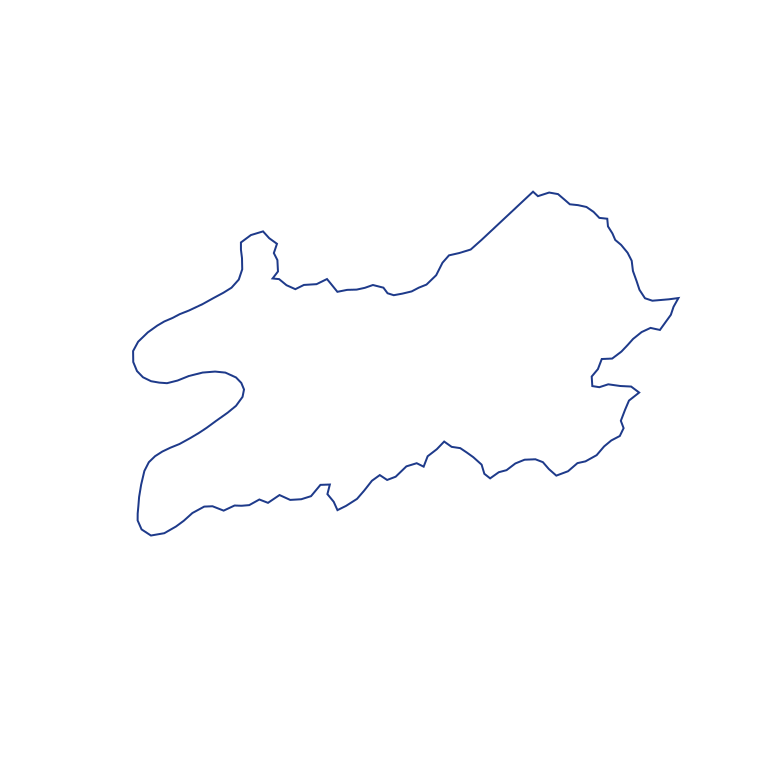 the district of Zortéa, Santa Catarina, Brazil, rotated 46°
{"feature_id": "56859067B42450400254673", "entity_name": "Zortéa", "entity_type": "district", "adm_level": 2, "iso_a3": "BRA", "parent_name": "Brazil", "parent_adm1": "Santa Catarina", "projection": "equal_earth", "projection_center": [-51.539, -27.486], "detail": "fine", "context": "isolated", "style": "outline", "palette": "blue", "viewbox_px": 768, "rotation_deg": 46, "n_neighbors": 0, "source": "geoboundaries", "source_scale": "gbopen_adm2", "svg_char_len": 2433}
<svg xmlns="http://www.w3.org/2000/svg" viewBox="0 0 768 768"><g transform="rotate(46 384 384)"><path d="M349.2,143.2L348.1,213.6L347.5,228.2L342.0,239.0L336.6,247.9L337.4,257.7L342.0,270.9L342.0,284.4L338.9,292.0L336.6,299.8L331.7,308.1L326.9,315.3L321.2,318.4L314.3,317.5L305.1,323.2L301.5,331.0L297.1,338.1L290.7,345.1L285.3,353.5L275.2,352.6L268.9,352.1L265.3,363.2L257.1,372.8L254.2,381.9L245.2,385.5L235.7,386.6L230.7,390.8L229.4,382.1L220.8,374.6L213.3,372.3L208.8,363.6L199.4,365.3L190.2,365.0L184.4,376.3L182.8,388.6L188.0,393.6L194.8,398.7L203.0,406.3L208.0,415.9L208.8,426.8L206.8,436.1L203.8,446.7L200.5,459.0L195.6,473.4L191.9,482.3L189.6,490.2L186.4,498.6L184.5,506.5L182.8,518.0L182.8,531.5L186.0,541.6L194.0,549.1L203.1,552.7L211.7,552.7L220.2,549.6L226.9,544.7L232.7,539.5L238.1,530.1L242.7,518.8L249.8,506.5L257.7,496.9L265.6,490.2L276.5,485.9L284.1,485.9L290.7,488.5L295.0,494.7L296.9,505.6L296.0,516.6L293.9,530.3L292.3,542.1L290.7,550.8L288.3,561.0L285.1,572.8L281.4,582.0L278.6,590.4L276.9,598.8L276.9,607.5L280.1,616.8L287.7,628.6L295.2,638.7L301.1,645.4L306.1,651.2L311.0,656.0L320.2,659.4L331.1,656.9L338.7,645.7L342.0,632.7L343.3,623.0L343.7,611.5L347.3,598.5L352.8,592.3L363.7,587.3L367.6,575.9L372.6,571.1L377.5,565.1L380.5,553.9L388.9,550.0L391.3,536.3L402.2,532.0L409.4,523.6L414.0,514.4L412.4,499.8L418.7,492.8L423.9,501.2L433.8,502.0L442.4,505.1L445.3,496.0L447.9,483.2L446.9,472.2L445.2,459.9L446.6,450.3L455.2,448.4L458.8,440.0L458.8,425.1L463.7,415.5L471.0,412.9L466.3,402.8L467.6,391.3L467.2,380.7L476.2,379.0L483.1,373.7L491.0,372.0L498.7,370.6L509.8,369.8L518.3,374.2L525.6,373.2L527.2,362.7L531.1,355.7L532.4,344.7L536.1,335.5L543.3,327.4L550.6,324.0L559.7,324.5L569.6,323.7L574.6,312.2L575.3,299.8L579.6,292.8L582.9,280.5L581.8,269.0L582.5,259.7L585.2,250.5L582.2,242.3L575.0,239.2L570.0,228.5L566.1,219.3L567.4,206.4L557.5,208.0L549.6,215.4L540.0,222.9L535.9,231.3L530.2,235.6L522.9,229.4L521.9,219.8L517.3,210.0L524.2,202.2L525.6,190.7L525.2,181.6L524.6,173.5L525.6,162.6L528.8,153.3L536.8,148.0L534.9,137.5L533.5,129.6L529.6,122.1L526.7,112.5L521.0,120.2L515.8,126.6L510.5,133.1L503.6,136.7L493.7,134.8L485.4,130.8L475.6,126.4L467.4,120.2L458.8,117.6L448.6,116.8L441.0,117.6L434.4,115.1L426.2,113.4L420.2,108.6L414.1,113.7L405.8,113.7L397.3,115.4L390.1,120.2L383.8,125.5L377.8,126.0L368.3,126.9L361.0,132.2L355.8,142.8L349.2,143.2Z" fill="none" stroke="#1e3a8a" stroke-width="2"/></g></svg>